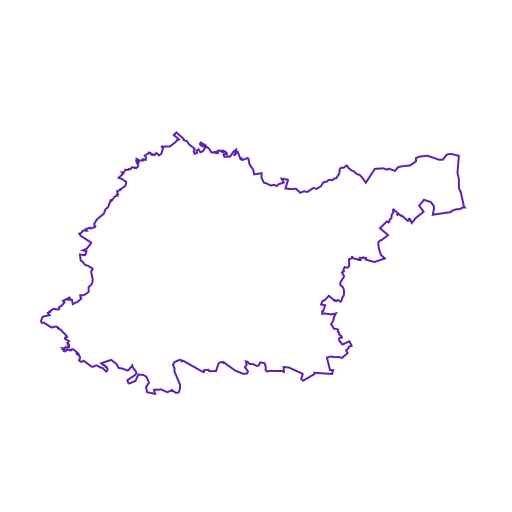 the district of Sincelejo, Sucre, Colombia, rotated 111°
{"feature_id": "7082276B68142499203248", "entity_name": "Sincelejo", "entity_type": "district", "adm_level": 2, "iso_a3": "COL", "parent_name": "Colombia", "parent_adm1": "Sucre", "projection": "natural_earth1", "projection_center": [-75.431, 9.328], "detail": "fine", "context": "isolated", "style": "outline", "palette": "violet", "viewbox_px": 512, "rotation_deg": 111, "n_neighbors": 0, "source": "geoboundaries", "source_scale": "gbopen_adm2", "svg_char_len": 6150}
<svg xmlns="http://www.w3.org/2000/svg" viewBox="0 0 512 512"><g transform="rotate(111 256 256)"><path d="M232.2,412.3L232.1,408.8L233.4,403.7L237.3,403.0L242.6,406.7L242.9,406.3L245.4,408.9L247.9,406.9L248.4,407.7L249.6,407.0L249.9,408.2L251.4,409.2L256.3,410.7L256.0,411.7L263.3,411.6L266.6,413.3L270.9,413.2L279.0,417.7L283.9,418.5L285.2,418.0L285.7,416.6L286.6,416.6L289.6,420.2L289.0,421.0L291.9,424.5L293.0,423.0L294.1,426.5L297.7,427.7L298.4,429.0L300.0,427.0L302.5,414.9L303.3,414.5L309.7,416.6L312.7,419.5L312.3,415.9L316.5,415.8L317.7,421.0L323.2,417.9L323.4,416.0L325.6,412.4L325.3,408.3L325.9,407.3L326.1,404.5L327.0,403.8L329.7,404.3L336.2,400.2L338.9,399.3L341.7,399.5L345.0,401.1L349.6,399.4L353.1,401.6L354.8,403.6L355.5,406.0L357.2,405.2L358.2,403.8L362.5,406.0L366.6,409.8L362.9,412.1L363.8,415.0L362.6,414.0L361.6,415.3L367.1,420.1L367.9,418.1L372.8,420.0L374.0,421.3L375.7,421.4L376.2,420.8L377.2,422.2L377.8,426.0L381.4,428.7L381.7,428.1L383.7,430.0L385.2,427.5L389.1,433.4L393.8,433.5L395.2,432.0L394.3,430.3L396.0,421.1L394.1,418.7L393.4,416.2L394.0,414.6L394.7,414.6L394.7,412.3L398.4,404.3L399.3,403.4L400.5,404.9L401.6,404.9L402.6,400.0L404.8,400.9L405.6,398.8L406.8,398.5L407.0,399.2L407.8,397.9L409.5,399.5L409.2,401.0L411.1,402.2L411.4,403.4L411.7,402.6L412.5,403.0L412.4,401.1L413.6,401.1L413.5,400.2L412.2,400.3L412.3,399.3L411.3,398.7L410.0,395.7L410.7,395.5L410.4,394.8L408.9,394.2L408.7,392.6L410.4,387.8L411.6,388.5L412.0,387.1L411.2,386.5L413.9,383.7L416.9,383.8L417.6,381.6L415.6,379.1L418.2,369.9L417.6,368.1L415.5,366.2L415.2,364.5L415.9,361.9L415.5,359.3L417.5,354.6L416.3,353.8L414.2,354.3L413.2,355.9L413.6,356.5L412.2,358.0L412.6,358.8L411.6,362.0L404.9,354.0L406.8,347.5L409.7,344.4L408.9,339.7L409.0,335.0L408.2,334.1L402.5,332.3L404.1,331.2L406.8,326.8L408.4,325.6L410.6,326.3L417.9,331.6L420.1,330.0L420.5,328.6L415.8,323.8L408.9,323.3L407.4,318.7L408.1,314.9L412.6,310.5L418.1,311.6L422.2,308.8L420.8,300.8L417.5,303.3L416.7,302.1L416.2,299.7L414.6,297.2L414.9,290.0L412.5,287.5L412.1,286.0L411.4,286.3L412.5,281.6L411.1,279.3L408.0,279.3L403.5,280.6L393.1,290.7L390.0,291.9L387.2,294.6L384.1,294.0L380.0,289.7L380.9,287.4L380.0,287.2L380.0,285.7L383.2,264.5L383.0,263.0L381.2,263.5L379.3,259.6L380.3,258.3L377.8,252.1L370.1,252.4L368.8,252.0L367.2,250.1L367.4,248.1L366.8,248.1L370.5,234.1L370.5,225.4L368.9,222.3L366.6,222.1L363.8,226.5L360.9,225.7L358.0,227.7L357.9,225.7L359.1,223.2L358.1,220.7L358.3,215.6L357.3,214.3L353.8,213.9L353.0,209.7L355.7,207.3L359.2,206.1L359.9,204.5L358.3,201.8L354.1,190.6L354.2,188.4L349.8,190.5L348.3,185.4L349.2,170.7L349.6,170.0L354.5,169.8L355.5,167.3L345.3,159.1L344.1,159.7L338.9,142.7L334.9,143.1L336.0,146.0L325.4,153.4L322.9,150.0L322.3,146.4L320.7,142.9L320.3,139.2L313.9,135.7L311.7,138.1L309.5,136.8L307.3,136.8L305.7,134.5L305.1,134.8L302.2,138.4L307.7,143.6L305.8,146.5L306.0,147.3L303.5,148.9L302.4,148.5L301.4,146.6L300.3,147.4L299.5,150.3L297.7,151.0L297.5,152.2L295.2,153.4L295.9,157.1L292.9,161.4L288.6,160.7L284.9,161.3L280.9,160.8L283.4,164.3L285.2,171.7L286.3,173.4L284.0,174.4L283.4,173.6L277.2,173.8L278.0,177.8L274.4,177.8L272.4,175.9L267.0,173.7L269.6,166.8L268.9,166.6L269.4,164.9L267.7,163.9L268.3,160.5L266.5,160.1L264.5,160.6L261.6,159.9L257.5,161.0L254.1,163.4L252.8,166.9L252.0,167.4L250.7,167.8L243.6,166.4L240.5,169.9L238.9,168.4L237.8,169.5L234.6,169.2L234.2,166.6L233.0,165.6L231.2,165.7L225.6,168.1L223.7,165.6L221.7,166.3L223.4,164.7L222.6,159.5L223.0,159.3L222.3,156.9L221.8,157.3L222.3,158.1L220.4,158.4L219.5,155.2L218.8,155.3L218.5,152.4L220.0,152.4L219.2,143.3L212.1,134.8L210.2,139.8L204.9,144.0L199.9,146.7L197.3,145.9L195.9,144.3L189.1,140.2L185.7,150.2L176.9,146.3L177.2,144.3L176.5,143.9L173.9,144.2L172.2,143.1L169.1,144.1L165.8,143.5L164.0,144.6L163.2,144.3L165.2,138.9L166.7,139.1L166.9,138.4L165.6,137.8L166.6,134.4L166.1,134.1L168.8,126.9L167.6,125.4L166.5,126.4L166.2,125.6L169.4,122.4L163.4,120.5L154.6,115.4L150.5,121.7L143.3,119.3L143.0,112.1L145.3,108.3L147.6,106.9L154.1,105.7L145.3,90.1L143.5,89.1L140.6,85.8L139.0,82.1L137.2,81.1L135.9,78.5L135.2,79.7L122.9,87.8L120.0,90.8L111.0,94.4L106.2,97.7L89.8,102.5L90.7,110.0L92.1,113.2L93.2,114.2L99.2,116.2L100.5,119.5L101.0,132.0L104.4,138.6L107.3,141.8L110.3,140.5L116.3,144.7L120.2,152.4L122.5,155.4L126.7,156.7L126.9,163.4L128.5,164.8L128.5,168.5L132.1,176.3L148.2,179.7L144.1,186.0L143.1,188.8L143.5,190.7L141.9,195.1L141.9,197.5L140.8,200.9L139.0,203.7L142.3,205.9L142.6,207.3L144.2,209.0L149.4,207.8L154.7,209.0L155.7,210.7L157.8,211.8L158.9,215.5L161.1,216.5L163.0,219.4L167.7,220.5L171.7,223.6L171.9,226.8L177.8,231.0L178.4,234.4L181.1,237.4L178.9,242.9L181.0,247.4L182.4,252.7L173.7,253.3L173.4,253.9L174.6,259.8L177.4,256.4L181.1,260.8L183.3,261.7L183.1,264.6L185.0,267.8L184.4,272.3L184.8,274.8L181.0,278.9L176.7,280.4L180.4,287.0L176.6,289.4L172.7,294.9L167.7,298.1L167.6,299.0L171.3,303.2L170.0,304.8L171.0,305.3L165.3,310.4L170.4,312.6L166.3,312.0L163.9,312.7L166.5,314.3L172.6,315.9L174.6,321.1L173.4,322.5L172.0,322.3L171.5,319.9L170.8,320.8L170.2,320.5L169.7,321.8L169.4,324.4L170.0,325.8L171.0,324.6L170.8,328.6L172.6,330.1L173.3,328.6L173.9,329.2L173.0,330.4L173.7,331.7L174.1,330.5L175.2,334.8L172.5,338.4L171.7,342.4L171.2,342.2L170.3,343.8L170.9,344.4L169.7,348.0L171.0,348.6L172.0,348.0L172.6,346.8L171.7,346.2L172.0,345.2L173.3,345.2L172.0,344.5L172.6,343.6L172.1,342.2L173.0,342.2L177.3,343.2L179.1,345.2L177.0,347.8L178.8,349.3L180.9,348.0L182.6,350.1L180.5,351.7L177.9,351.7L175.7,358.6L173.6,361.3L173.7,365.2L172.5,365.7L169.2,374.6L172.5,376.1L174.8,369.7L176.2,371.3L178.1,371.7L184.7,375.7L187.8,383.9L188.1,381.5L194.3,381.0L196.8,382.6L195.5,386.0L198.2,386.9L197.9,388.2L198.8,389.0L198.3,389.6L198.8,390.1L197.8,390.8L197.7,393.9L198.3,392.6L202.1,395.9L203.5,393.9L205.9,393.4L206.2,396.4L207.3,395.8L208.6,398.8L208.1,402.4L210.5,401.8L210.8,400.4L212.0,400.3L211.8,399.6L209.6,400.3L209.1,399.5L215.0,398.4L217.0,399.4L216.7,400.4L217.4,401.0L217.1,402.2L217.7,403.6L220.1,404.4L220.4,406.1L221.6,406.4L222.3,408.9L225.6,409.4L226.0,411.1L227.0,409.6L232.2,412.3Z" fill="none" stroke="#5b21b6" stroke-width="2"/></g></svg>